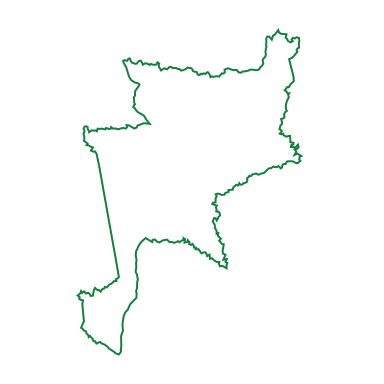 Soledade, Rio Grande do Sul, Brazil (Robinson projection), rotated 348°
{"feature_id": "56859067B52528127445060", "entity_name": "Soledade", "entity_type": "district", "adm_level": 2, "iso_a3": "BRA", "parent_name": "Brazil", "parent_adm1": "Rio Grande do Sul", "projection": "robinson", "projection_center": [-52.521, -28.89], "detail": "fine", "context": "isolated", "style": "outline", "palette": "green", "viewbox_px": 384, "rotation_deg": 348, "n_neighbors": 0, "source": "geoboundaries", "source_scale": "gbopen_adm2", "svg_char_len": 5701}
<svg xmlns="http://www.w3.org/2000/svg" viewBox="0 0 384 384"><g transform="rotate(348 192 192)"><path d="M290.6,148.7L292.4,145.3L294.3,144.1L294.6,142.1L294.3,139.2L297.2,138.8L298.2,137.3L298.2,135.2L299.8,133.2L301.6,132.5L301.1,130.2L301.4,128.4L302.3,125.6L303.5,123.1L306.4,119.4L306.3,117.0L307.6,115.6L305.8,115.3L305.4,113.5L303.8,111.7L305.6,110.4L306.8,109.2L308.5,109.7L310.7,107.0L312.7,105.9L314.5,104.9L315.3,100.7L314.6,82.3L318.0,81.4L320.1,80.1L322.2,78.3L324.2,76.9L323.7,75.1L325.0,73.5L326.8,73.1L327.0,71.3L327.3,68.9L328.4,66.7L328.7,63.7L326.5,62.3L324.7,63.2L322.7,62.2L321.1,63.7L321.9,65.4L319.5,66.1L317.3,64.3L316.9,62.3L315.7,60.6L317.2,57.4L311.8,55.7L310.3,54.0L310.0,51.6L305.5,55.5L303.7,55.9L301.7,59.6L299.9,56.1L297.8,55.7L296.6,57.2L296.1,59.5L295.7,61.6L295.1,63.3L294.9,65.6L293.6,68.4L292.9,70.6L292.9,72.7L292.1,74.5L291.0,75.5L289.7,76.3L288.6,77.5L288.4,79.2L288.4,81.3L286.5,83.3L284.5,84.3L283.4,85.9L281.5,86.4L279.7,86.1L278.0,85.4L276.6,84.8L274.2,84.5L271.8,85.1L270.4,84.8L268.7,85.0L266.8,84.6L264.9,85.5L262.5,84.7L261.1,81.9L258.4,81.3L256.8,81.0L254.5,79.4L252.6,78.5L251.0,78.7L249.2,79.3L249.0,81.8L247.5,82.7L245.8,82.2L244.0,83.7L242.7,84.7L240.7,84.0L238.7,83.8L237.2,83.9L235.6,83.1L234.0,83.5L233.9,81.6L233.3,79.6L232.3,78.0L230.9,78.6L229.4,79.3L227.8,78.3L226.1,79.0L224.9,78.2L223.7,79.2L222.0,78.4L221.5,75.6L219.6,74.9L218.1,73.9L217.8,72.1L217.0,70.7L215.6,70.2L213.5,69.4L212.1,70.2L210.5,70.7L208.5,71.0L206.6,71.0L205.4,69.2L203.9,68.8L202.2,67.4L200.7,67.1L199.0,66.9L197.2,65.1L195.4,65.2L193.3,66.9L190.8,65.3L188.8,65.9L187.1,66.7L186.6,65.0L185.8,63.3L185.8,60.9L186.6,59.5L185.2,58.0L183.7,59.9L181.6,59.8L180.2,59.3L178.2,58.1L177.0,59.0L175.1,57.2L172.8,56.4L170.4,57.3L170.0,55.3L169.3,52.9L167.4,52.8L165.8,53.9L164.6,55.0L163.1,54.8L161.6,53.8L160.3,53.1L159.3,51.2L158.8,48.3L157.4,48.6L155.6,50.2L153.7,49.1L152.0,49.3L151.9,50.9L152.4,52.7L153.5,55.9L154.4,65.7L155.5,69.5L158.7,72.9L161.9,74.5L163.0,75.8L161.7,77.6L157.8,81.0L156.8,83.0L156.5,85.6L154.7,87.4L154.1,92.5L154.4,94.5L153.1,95.2L152.2,96.8L153.3,97.9L154.4,100.7L155.6,102.6L160.9,107.4L162.2,111.4L164.8,116.6L161.9,115.5L159.1,114.7L154.2,115.5L152.6,115.6L151.3,117.4L148.8,117.9L144.2,113.8L141.8,113.0L142.0,115.0L140.6,116.2L138.0,115.1L136.0,115.0L133.9,115.2L132.3,115.2L130.3,113.9L128.0,113.6L126.4,111.7L125.6,113.3L123.6,113.0L121.4,111.5L120.3,112.8L116.7,111.2L114.4,111.1L112.8,110.4L111.6,112.8L110.5,111.7L109.0,111.7L106.7,110.8L103.8,112.1L103.8,110.4L103.1,109.0L103.4,106.8L102.1,105.6L100.3,105.8L99.2,107.5L99.5,109.3L99.1,111.1L97.9,112.6L98.2,116.0L97.0,119.6L98.3,120.8L99.9,123.1L98.7,124.2L100.9,125.2L102.1,126.4L104.4,127.9L101.8,130.5L103.9,132.0L105.7,132.2L106.6,135.1L106.6,146.8L106.2,159.2L104.3,216.9L103.9,228.7L103.6,239.3L102.8,260.0L101.5,261.0L99.6,261.4L99.5,263.3L97.3,262.9L94.3,264.9L92.0,265.3L88.8,267.7L87.1,266.7L85.9,268.2L84.1,268.3L82.0,270.5L80.7,268.6L79.2,268.4L77.2,265.7L75.5,267.8L73.5,272.7L71.5,272.7L70.5,270.0L69.4,268.9L67.4,269.4L65.8,266.8L63.8,267.8L63.0,265.8L61.8,267.9L58.6,269.5L60.2,271.4L59.5,273.3L61.0,274.5L62.9,275.4L61.4,278.8L59.4,296.1L57.4,298.6L55.3,301.8L56.7,303.3L57.3,304.9L59.4,306.4L59.4,308.8L60.8,310.4L60.8,312.4L62.3,311.6L64.1,314.8L64.7,317.5L66.1,317.7L67.0,320.4L69.1,319.8L71.0,319.6L72.0,321.3L74.4,322.8L76.5,324.9L77.5,326.3L78.3,328.0L79.5,329.0L80.8,330.4L82.6,332.2L83.6,333.8L84.8,334.6L86.6,335.7L87.9,334.8L89.5,333.1L89.6,331.2L90.7,328.5L92.7,318.1L95.6,313.4L96.5,306.8L99.1,299.9L101.5,296.0L104.7,293.8L108.0,289.1L115.6,283.9L116.8,279.5L116.6,277.6L118.3,274.5L119.6,268.8L120.8,266.6L121.0,261.4L120.3,258.3L122.0,253.5L122.4,250.2L123.5,247.6L123.9,241.8L125.0,238.4L129.1,233.0L131.9,230.4L137.0,227.4L142.7,232.6L143.6,230.6L145.7,230.7L147.5,233.3L149.6,234.6L153.5,233.2L157.8,233.4L159.6,236.4L161.6,236.6L164.1,238.0L166.3,237.7L168.2,237.2L169.3,238.5L172.5,237.2L174.0,237.3L174.2,235.5L175.4,236.7L174.1,239.9L177.0,240.0L177.8,238.2L179.1,240.6L178.4,242.3L180.0,243.6L181.6,242.9L182.5,245.0L182.5,246.9L184.3,247.3L183.7,248.8L186.5,249.3L188.5,254.0L190.8,253.5L192.6,253.8L193.3,255.6L193.5,257.8L196.1,256.9L195.7,261.1L197.6,260.9L199.9,264.0L202.1,265.8L204.1,266.1L203.4,267.8L203.9,270.5L206.2,270.5L210.0,273.8L210.7,270.3L211.8,268.8L210.2,267.3L212.1,264.8L208.6,264.7L211.7,260.4L209.4,258.6L209.8,255.6L212.2,249.8L210.4,249.0L208.5,245.3L210.6,243.7L208.2,240.3L209.1,237.7L207.4,237.9L208.0,235.2L207.0,232.0L207.4,228.7L207.0,227.2L206.1,225.3L208.2,222.1L209.7,222.6L210.3,225.0L213.0,221.8L214.5,220.7L214.7,218.7L213.9,216.8L211.7,216.1L212.4,214.2L212.2,212.0L213.5,210.5L209.4,208.0L210.4,206.8L212.8,207.0L214.0,202.6L215.3,201.5L214.7,199.1L216.7,198.9L218.6,199.6L220.3,201.1L223.4,201.3L224.4,199.9L227.8,199.5L228.1,197.6L232.4,198.2L233.3,196.1L236.7,194.2L238.4,195.2L240.1,193.3L240.6,194.8L242.6,195.2L243.9,194.2L247.3,193.9L248.4,192.7L248.8,189.9L250.3,189.3L251.6,188.1L253.1,188.7L254.6,187.4L256.4,187.4L258.5,187.2L260.4,188.9L263.8,188.3L266.6,188.3L270.6,185.6L272.6,184.8L274.1,185.2L276.9,184.0L278.0,184.8L280.3,185.3L281.8,184.6L282.9,185.9L283.7,187.4L285.3,186.6L285.9,184.6L287.1,183.7L289.3,184.2L291.3,181.9L292.8,182.0L295.5,182.6L297.2,183.1L298.6,184.3L300.3,185.7L302.0,185.5L304.5,184.0L303.6,182.7L304.7,179.8L306.4,179.5L303.0,176.4L300.0,177.1L302.4,174.2L301.2,171.8L303.7,171.7L305.6,170.4L305.5,167.7L302.0,170.2L300.6,169.0L298.0,168.6L298.8,166.8L301.0,166.6L301.5,164.9L298.6,163.8L299.6,157.6L298.2,157.2L296.0,157.6L293.6,155.7L293.3,154.0L291.7,154.3L290.0,153.2L292.6,151.3L291.9,149.9L290.6,148.7Z" fill="none" stroke="#15803d" stroke-width="2"/></g></svg>